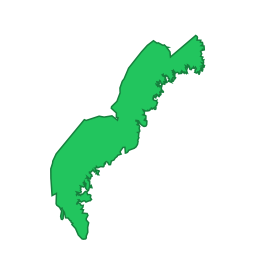 outline of Kariba Urban, Mashonaland West, Zimbabwe, rotated 310°
{"feature_id": "62879985B80856032780976", "entity_name": "Kariba Urban", "entity_type": "district", "adm_level": 2, "iso_a3": "ZWE", "parent_name": "Zimbabwe", "parent_adm1": "Mashonaland West", "projection": "albers", "projection_center": [28.813, -16.528], "detail": "fine", "context": "isolated", "style": "filled", "palette": "green", "viewbox_px": 256, "rotation_deg": 310, "n_neighbors": 0, "source": "geoboundaries", "source_scale": "gbopen_adm2", "svg_char_len": 5978}
<svg xmlns="http://www.w3.org/2000/svg" viewBox="0 0 256 256"><g transform="rotate(310 128 128)"><path d="M62.1,89.6L54.3,91.7L52.5,92.9L47.1,95.1L40.0,101.2L27.4,113.3L31.9,115.2L23.7,121.7L23.1,123.0L23.3,126.7L22.6,128.2L23.0,128.0L24.2,129.1L17.0,133.2L15.3,135.5L15.6,136.4L16.9,136.5L22.9,132.0L22.5,133.4L19.1,137.9L20.5,140.0L19.8,143.3L20.2,143.8L19.2,145.2L19.5,147.0L18.0,147.1L17.3,152.4L14.1,158.7L13.5,164.1L14.2,165.3L15.8,166.8L17.0,166.7L18.4,165.5L22.3,164.2L26.0,160.9L30.1,158.8L30.7,155.2L31.8,154.2L35.3,153.5L36.2,151.7L33.5,147.7L36.7,146.5L35.5,144.3L38.1,144.4L40.0,143.4L39.1,142.7L38.6,141.4L39.2,140.4L38.9,137.9L36.9,137.8L36.9,137.5L39.0,137.0L40.9,137.4L41.1,136.3L41.6,136.9L40.7,138.0L41.4,138.5L41.1,139.7L43.6,140.8L44.4,141.6L44.2,143.4L47.7,145.2L47.8,145.7L49.8,146.0L50.4,144.0L52.5,142.8L52.4,141.5L51.0,139.9L52.5,137.5L52.0,136.1L47.9,135.8L47.3,134.7L46.0,135.1L46.1,134.5L45.1,133.7L45.8,133.3L45.4,131.9L43.5,131.8L43.8,131.3L45.5,131.2L45.9,129.7L47.3,132.7L48.5,133.3L49.3,133.0L49.7,131.5L50.9,131.3L51.4,130.1L52.6,130.1L53.0,128.9L54.3,132.0L55.6,132.1L57.2,131.2L56.7,130.6L57.7,130.4L57.0,128.3L57.7,129.5L58.8,129.0L58.2,130.0L58.4,131.5L54.9,133.8L53.9,137.7L54.9,137.8L57.7,136.6L59.1,138.7L60.4,136.6L58.7,136.1L62.6,132.9L62.2,132.5L62.9,131.8L62.3,131.1L63.2,130.3L63.5,129.0L63.0,128.4L64.1,128.6L64.5,127.9L64.5,131.7L64.8,131.9L66.8,131.0L67.5,130.9L68.0,131.4L68.9,130.1L68.8,127.3L69.5,126.8L70.2,127.9L72.3,128.0L72.6,128.4L73.5,128.0L72.8,130.5L74.2,130.6L73.9,131.2L74.4,131.6L72.5,132.8L73.0,133.1L72.8,134.9L73.3,135.5L73.4,135.0L74.5,133.9L76.2,133.8L76.6,133.4L75.6,130.9L75.0,130.4L75.5,129.4L76.4,129.2L76.2,128.5L77.3,129.2L78.2,128.6L78.1,130.4L80.9,131.9L82.3,134.0L83.0,134.2L85.0,133.2L85.9,133.7L86.3,133.5L86.0,132.7L88.3,132.9L88.6,134.5L87.7,137.1L88.7,138.1L92.0,136.5L94.5,137.8L96.8,137.5L99.3,138.0L100.3,137.6L103.6,139.5L104.2,137.9L105.0,137.1L109.9,136.6L111.2,138.1L107.1,142.1L108.2,142.9L109.6,143.2L111.4,142.9L116.5,145.8L118.7,146.3L121.6,145.8L124.4,144.2L124.9,143.2L127.6,142.6L127.9,141.7L130.9,139.7L130.9,138.4L131.8,139.2L133.2,139.0L135.1,136.6L136.6,136.1L137.4,134.2L136.7,133.8L136.4,132.8L137.1,132.8L137.2,133.7L138.3,133.1L139.0,130.5L138.5,129.5L139.0,129.2L139.8,130.5L139.1,131.1L140.2,131.5L139.1,134.7L139.1,137.5L139.5,139.3L140.9,140.4L142.5,140.2L145.5,138.0L145.7,136.2L144.9,136.7L144.5,135.8L144.9,135.8L144.8,135.3L145.7,135.1L146.7,135.6L148.5,134.2L148.9,133.6L147.8,131.1L149.1,131.6L151.3,129.9L151.2,129.1L150.5,128.6L151.3,128.8L151.6,128.0L152.4,130.6L153.8,132.1L154.3,131.8L154.7,132.9L155.7,133.3L156.6,132.9L157.6,133.7L158.9,132.7L158.0,133.8L158.1,134.4L160.1,135.0L159.4,135.3L159.6,136.8L160.5,137.1L161.7,136.2L161.9,135.4L164.2,135.2L164.7,134.7L166.4,134.3L166.8,132.6L167.6,132.3L166.9,132.0L165.9,129.8L166.0,129.0L166.8,128.5L165.8,128.7L167.2,127.9L167.2,128.3L168.3,128.4L168.1,126.8L168.6,127.5L169.2,127.0L169.8,127.2L169.1,129.7L170.0,129.2L169.8,129.5L170.8,129.5L171.4,127.9L172.3,128.2L172.0,131.6L172.6,131.6L173.2,130.7L174.0,130.7L173.7,131.3L174.1,131.7L175.2,131.5L176.1,130.1L175.8,129.5L176.1,129.3L178.2,132.0L178.5,131.8L178.8,130.8L177.6,128.6L178.7,129.9L179.8,127.9L181.8,127.0L181.2,125.7L180.0,125.9L179.8,125.5L180.5,124.7L179.0,124.0L179.4,123.6L179.3,122.1L179.6,121.6L180.0,123.9L180.9,123.7L180.0,123.1L180.1,122.5L180.6,122.9L181.7,122.7L181.7,123.5L182.4,123.4L182.6,122.5L181.5,121.2L182.0,120.5L182.8,121.9L184.0,122.6L184.7,121.9L184.8,122.5L182.7,126.2L184.1,126.6L184.5,126.3L185.1,128.0L185.8,127.8L186.3,127.2L186.4,125.1L187.6,128.4L188.4,128.5L188.0,126.9L188.5,126.3L189.2,126.7L189.5,125.9L188.7,125.5L189.0,125.0L189.5,125.3L190.4,124.0L190.4,124.7L191.1,123.9L190.3,121.3L190.7,120.0L191.8,120.4L190.9,121.5L191.8,123.0L192.8,123.1L192.9,123.4L192.3,123.3L192.3,123.7L193.0,125.2L192.4,127.0L192.0,127.1L192.4,127.9L191.9,128.3L190.0,128.8L189.7,128.2L190.9,131.9L191.3,130.5L192.7,132.5L193.2,132.5L193.2,129.5L193.9,131.7L195.4,130.0L196.8,131.6L196.4,131.4L195.6,132.3L197.1,132.2L197.1,130.8L197.8,130.5L197.4,130.0L197.9,129.2L197.7,128.2L198.8,128.0L199.1,128.9L198.8,129.5L199.5,129.3L199.3,127.7L199.8,127.2L199.2,126.5L199.8,126.2L200.0,127.6L200.3,127.6L200.3,125.2L200.8,125.5L200.5,125.7L200.7,125.9L201.4,125.8L200.8,127.0L201.1,127.5L200.3,128.6L202.5,130.1L202.8,131.8L202.3,132.0L204.2,133.9L205.3,133.7L204.9,132.8L205.4,132.5L205.7,132.8L206.4,132.5L206.3,134.7L206.0,134.8L206.1,135.4L206.5,134.8L207.0,135.0L207.5,136.1L207.1,136.1L207.3,137.8L208.3,137.4L208.4,137.9L209.6,136.0L210.6,135.5L210.2,134.8L211.0,133.4L211.6,134.0L212.7,132.0L212.9,133.0L212.1,135.0L213.7,134.9L213.6,134.4L214.7,133.1L214.9,134.3L214.2,136.2L212.9,137.3L212.8,138.0L213.5,139.0L214.6,138.5L215.5,139.1L216.8,138.9L216.1,140.1L216.4,140.6L217.9,140.5L217.2,142.3L215.8,142.2L215.2,142.8L215.6,142.0L214.4,143.2L213.6,143.3L214.1,145.1L214.8,145.6L215.2,145.1L216.1,145.3L216.3,145.8L214.4,148.4L215.8,147.0L215.5,147.5L216.2,147.6L217.6,146.8L217.8,146.2L219.6,146.4L219.3,147.8L219.8,147.7L219.8,148.2L220.8,147.7L220.7,146.5L221.3,146.8L220.5,146.3L220.5,145.4L221.0,145.3L221.6,145.8L221.7,146.7L222.0,146.5L223.2,147.2L224.1,146.8L223.1,146.5L223.6,145.9L222.9,144.6L224.9,145.8L225.4,142.9L225.9,144.1L226.4,144.1L228.0,142.5L228.9,142.2L227.8,141.3L228.6,140.2L230.4,139.8L229.6,137.5L232.2,136.8L233.4,134.3L235.5,135.0L236.5,133.9L235.8,135.4L236.9,136.2L239.7,133.5L238.2,131.2L240.1,131.6L241.4,130.0L240.3,128.3L242.0,127.4L239.7,124.4L242.0,123.0L242.5,122.1L242.4,120.4L209.7,114.9L213.3,111.2L214.5,106.3L215.6,107.0L214.8,105.5L215.0,102.4L213.8,101.7L212.7,96.5L211.6,95.5L211.2,91.4L203.7,89.7L194.9,89.4L174.2,90.0L163.2,93.4L160.1,93.6L153.5,96.1L149.8,99.4L141.3,102.4L133.8,101.7L132.4,102.5L132.1,109.4L128.7,112.2L129.5,113.7L127.2,114.9L127.0,107.9L121.0,102.7L118.5,98.3L106.9,91.1L106.3,89.2L62.1,89.6Z" fill="#22c55e" stroke="#15803d" stroke-width="1.5"/></g></svg>